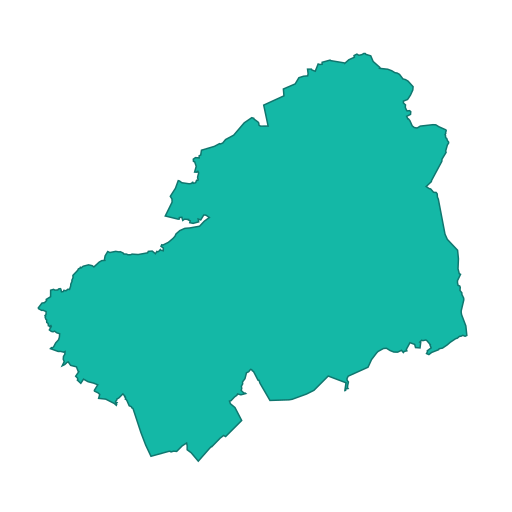 the district of Tullamore Lea-7, Offaly, Ireland, rotated 273°
{"feature_id": "5873133B47279722730616", "entity_name": "Tullamore Lea-7", "entity_type": "district", "adm_level": 2, "iso_a3": "IRL", "parent_name": "Ireland", "parent_adm1": "Offaly", "projection": "albers", "projection_center": [-7.574, 53.293], "detail": "fine", "context": "isolated", "style": "filled", "palette": "teal", "viewbox_px": 512, "rotation_deg": 273, "n_neighbors": 0, "source": "geoboundaries", "source_scale": "gbopen_adm2", "svg_char_len": 5432}
<svg xmlns="http://www.w3.org/2000/svg" viewBox="0 0 512 512"><g transform="rotate(273 256 256)"><path d="M366.3,213.7L363.3,208.7L358.8,196.0L353.9,195.5L353.1,194.0L351.0,194.1L351.1,190.4L349.4,188.3L347.2,188.6L346.9,189.8L342.4,191.6L336.6,190.3L336.6,192.6L337.4,192.8L337.6,193.5L335.9,194.4L332.1,193.6L330.8,193.6L329.6,194.2L328.5,194.0L328.5,192.7L326.1,191.9L325.7,191.0L325.3,189.6L326.3,189.1L326.3,188.7L325.1,187.8L324.6,185.6L325.3,178.1L326.9,175.7L327.2,174.4L319.4,172.0L311.1,167.3L308.5,169.1L305.4,169.4L291.2,163.3L288.7,176.4L288.9,177.4L290.4,177.4L290.8,179.9L287.7,181.0L289.0,182.6L289.0,186.5L288.6,186.3L287.6,188.5L285.8,188.1L285.3,191.5L287.1,197.0L289.9,196.3L289.1,198.9L294.2,201.7L294.2,203.8L292.0,207.4L288.1,202.6L282.8,198.1L280.5,188.2L279.9,183.5L277.4,178.6L273.9,175.0L271.4,174.0L269.2,172.2L265.0,167.7L262.1,162.5L262.3,161.3L260.7,160.6L259.2,163.0L256.4,163.1L256.8,160.5L257.4,160.1L255.5,158.6L255.0,157.6L255.4,156.8L253.0,155.4L255.5,152.1L255.0,148.2L253.5,147.6L251.3,138.3L251.4,132.1L250.7,130.8L250.5,128.0L251.1,126.8L251.1,123.9L252.0,123.2L253.2,120.2L252.9,119.0L253.3,115.6L251.8,109.9L252.7,107.7L248.2,105.3L244.3,104.8L243.7,105.2L243.3,102.2L241.7,99.7L236.6,94.7L237.8,92.8L238.4,89.2L236.7,83.9L235.0,82.0L235.5,81.2L234.7,80.9L233.8,79.3L232.4,78.7L227.1,74.2L224.7,74.4L222.2,73.4L221.1,73.6L218.2,72.5L216.3,72.5L212.8,71.5L213.0,69.9L211.3,68.0L211.7,66.0L210.5,65.5L210.2,64.6L210.1,63.6L212.8,62.8L213.2,62.2L212.7,60.5L211.7,59.8L211.4,56.9L212.1,55.6L211.1,52.7L204.6,53.0L201.7,48.8L200.6,49.2L198.3,47.2L197.8,44.7L192.8,41.3L192.0,41.6L190.5,44.7L190.6,46.5L189.5,49.3L186.7,49.4L185.4,48.4L184.8,49.0L184.0,48.6L181.9,49.4L181.4,50.2L178.7,50.5L177.8,51.9L175.5,52.3L175.3,53.3L174.8,53.5L175.8,54.8L175.0,55.3L171.4,53.5L170.0,55.5L169.7,57.3L170.4,58.8L168.9,61.0L168.1,64.0L164.6,63.9L162.0,63.2L158.7,60.5L154.8,58.7L153.5,57.4L153.8,56.5L152.7,55.6L150.3,63.5L150.5,65.8L149.9,69.0L150.6,70.3L147.8,70.2L145.7,69.0L142.8,68.9L140.5,70.0L136.2,68.2L137.6,70.7L139.9,72.9L140.4,74.0L137.1,76.6L135.9,82.5L131.2,84.6L131.1,85.0L126.5,82.2L124.7,84.2L123.3,84.5L122.7,84.1L119.7,87.7L124.0,90.2L121.7,94.8L120.5,100.7L119.1,104.7L113.4,101.6L112.6,101.8L111.1,105.4L109.6,107.2L105.6,106.3L105.2,113.4L101.3,122.2L99.6,124.3L100.6,124.6L101.1,124.0L102.3,124.8L102.4,123.5L103.3,123.3L104.9,124.5L105.9,124.6L107.1,126.5L111.3,130.3L110.9,130.7L109.0,132.5L108.5,132.2L107.9,133.0L106.8,133.3L106.3,133.0L105.7,134.1L104.6,134.8L99.8,137.2L99.0,139.4L97.8,140.0L97.4,141.1L73.7,150.3L61.5,155.7L50.5,161.6L56.3,179.0L56.5,180.3L55.9,181.4L56.8,184.0L56.7,187.0L62.6,192.3L65.6,196.5L62.9,197.2L58.9,197.4L56.1,201.6L48.1,209.1L61.6,219.8L63.4,221.4L63.2,221.8L72.4,229.9L75.1,233.1L74.1,235.1L91.0,250.3L103.6,242.9L107.1,238.2L109.7,237.1L110.2,238.6L114.2,242.0L115.9,244.2L117.3,244.8L116.6,248.2L118.1,252.9L118.6,252.2L118.4,251.2L121.0,248.2L123.0,248.7L125.2,248.2L127.6,249.4L129.5,249.1L132.9,251.4L138.9,252.6L140.0,254.7L142.5,256.5L142.3,257.6L141.2,258.3L140.5,259.6L132.1,264.5L132.0,265.5L129.2,266.6L112.5,277.5L114.1,296.5L114.8,299.6L120.8,313.7L124.9,320.9L139.9,334.4L134.1,352.5L126.3,351.8L126.5,352.5L128.0,352.6L128.5,354.8L129.1,354.3L131.3,354.3L135.0,354.9L136.4,353.7L138.0,353.2L140.8,354.3L150.8,373.7L158.6,376.8L165.6,381.6L167.0,382.8L170.3,388.1L170.7,391.1L168.6,394.9L167.3,398.7L167.4,402.5L169.4,406.2L167.3,408.2L168.5,409.1L169.2,411.6L170.6,411.0L177.5,414.3L176.0,419.1L172.9,420.1L172.8,424.6L178.3,425.0L178.6,424.1L180.6,425.9L180.2,427.0L181.0,430.0L180.5,431.0L176.6,434.7L176.3,434.4L173.4,435.7L170.3,432.0L169.2,432.2L167.5,431.4L166.6,433.8L168.9,436.5L172.0,443.3L173.0,443.8L173.8,447.1L177.3,451.7L180.0,454.5L183.9,459.7L184.5,461.4L186.4,463.4L186.6,464.9L187.6,466.7L186.8,469.0L187.7,470.7L197.2,469.2L208.1,464.4L210.3,463.9L212.0,463.8L223.0,465.8L224.8,465.6L228.4,463.6L230.0,463.5L232.3,461.5L235.4,461.6L236.7,461.0L237.3,459.3L239.9,458.6L241.9,458.5L248.4,461.2L249.0,459.9L253.8,458.4L263.8,458.3L272.3,457.0L282.6,446.2L287.7,443.6L322.3,435.1L324.3,434.1L327.5,433.7L328.9,432.5L328.9,430.0L332.1,426.9L332.4,425.3L334.3,422.3L339.4,427.2L340.7,427.4L360.2,436.6L362.5,436.7L369.4,440.4L370.8,439.9L376.9,441.3L378.8,442.4L379.8,442.4L381.3,441.1L383.4,440.3L384.1,439.2L386.5,438.9L387.1,438.4L388.5,439.1L389.6,438.9L391.0,439.4L391.9,439.0L394.7,431.8L396.4,428.7L396.4,425.8L394.3,413.2L392.4,410.5L392.3,409.3L392.6,407.3L394.1,405.2L399.2,402.6L400.9,401.1L400.8,400.5L403.4,399.1L405.5,402.9L408.2,403.0L409.2,401.8L408.8,399.3L410.0,398.4L412.3,397.3L414.7,397.4L416.5,395.2L418.4,395.1L420.2,399.1L421.4,399.9L424.9,401.9L430.0,403.9L433.3,404.0L438.6,398.7L440.0,396.0L440.5,393.5L444.9,389.8L446.1,387.3L446.3,385.2L448.1,381.9L449.4,377.8L449.9,369.5L450.8,369.8L456.4,362.8L461.9,360.1L463.1,355.2L463.9,354.6L463.9,353.1L462.6,351.1L461.8,348.2L462.9,346.2L461.3,343.4L459.6,343.8L456.9,338.5L453.1,334.6L453.4,334.5L455.0,320.5L455.5,319.7L452.9,311.9L450.9,312.0L450.6,309.7L451.0,308.0L443.6,305.5L444.7,302.1L445.5,301.6L445.3,297.7L440.8,298.5L438.6,298.2L438.0,294.0L436.3,289.5L429.9,286.1L424.2,274.6L417.4,275.5L407.1,255.8L386.4,261.3L385.9,253.6L387.0,252.0L388.9,251.8L389.9,251.0L392.6,246.9L393.4,246.6L393.9,244.5L388.4,237.3L375.5,227.4L370.7,219.5L367.0,216.8L366.0,214.4L366.3,213.7Z" fill="#14b8a6" stroke="#0f766e" stroke-width="1.5"/></g></svg>